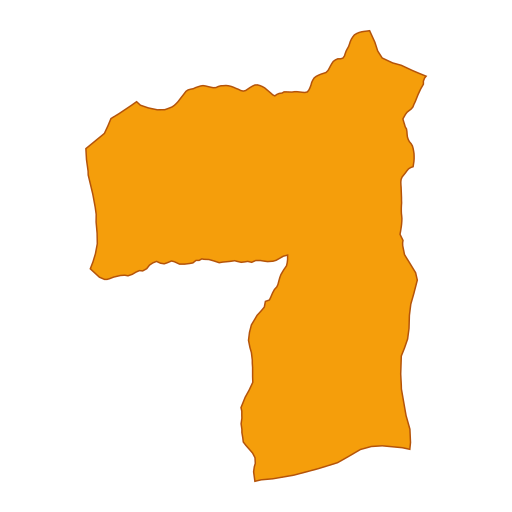 the district of Gozhi, Daga, Bhutan
{"feature_id": "84629894B53635199358843", "entity_name": "Gozhi", "entity_type": "district", "adm_level": 2, "iso_a3": "BTN", "parent_name": "Bhutan", "parent_adm1": "Daga", "projection": "mercator", "projection_center": [89.936, 26.937], "detail": "fine", "context": "isolated", "style": "filled", "palette": "amber", "viewbox_px": 512, "rotation_deg": 0, "n_neighbors": 0, "source": "geoboundaries", "source_scale": "gbopen_adm2", "svg_char_len": 3993}
<svg xmlns="http://www.w3.org/2000/svg" viewBox="0 0 512 512"><path d="M254.9,481.3L261.2,479.8L272.7,478.8L294.0,475.1L318.1,468.7L337.5,462.7L347.4,457.1L360.4,449.5L371.3,446.5L382.2,445.8L402.3,447.7L409.8,449.3L410.5,442.5L409.9,429.2L406.8,418.2L406.1,415.8L405.1,410.2L403.9,403.3L401.4,389.0L401.3,385.4L400.7,374.0L401.3,356.0L404.5,348.0L407.6,339.0L409.0,328.5L409.4,315.3L410.8,304.1L413.9,293.3L414.6,290.5L416.2,284.4L417.3,280.1L415.6,272.7L408.7,261.4L406.8,258.4L404.5,254.6L402.7,245.7L402.6,242.9L403.0,240.4L400.0,234.3L400.5,231.7L400.9,229.1L401.3,226.6L401.6,224.0L401.8,221.3L401.9,218.7L401.7,216.1L401.4,213.5L401.3,210.9L401.3,208.2L401.4,205.6L401.6,203.0L401.5,200.4L401.5,197.8L401.4,195.1L401.3,192.5L401.2,189.9L401.1,187.3L400.9,184.7L400.8,182.0L401.1,179.4L402.1,177.0L403.7,175.0L405.4,172.9L406.9,170.8L408.6,168.8L410.8,167.5L413.1,166.7L413.5,164.1L413.9,161.5L414.1,158.9L414.1,156.2L414.0,153.6L413.6,151.0L413.1,148.4L412.4,145.9L411.1,143.7L409.4,141.7L408.2,139.4L407.4,136.9L407.1,134.3L406.9,131.6L406.5,129.0L405.2,126.8L404.5,124.3L403.7,121.8L402.9,118.9L404.2,116.6L405.5,114.3L407.1,112.2L409.1,110.6L411.2,109.0L412.9,107.0L413.9,104.4L415.3,101.5L418.0,94.7L420.7,88.9L423.4,84.2L423.4,81.1L424.6,78.0L426.1,76.2L419.0,73.3L412.4,70.5L401.3,65.3L392.6,62.9L382.2,58.0L377.7,51.0L374.9,42.3L369.6,30.7L366.7,31.1L364.1,31.4L361.6,31.8L359.1,32.5L356.7,33.5L354.4,34.9L352.8,36.9L351.4,39.1L350.3,41.5L349.5,44.0L348.6,46.5L347.3,48.8L346.1,51.1L345.2,53.6L344.4,56.1L342.8,58.2L340.4,58.8L337.8,58.8L335.4,59.9L333.3,61.4L331.8,63.6L330.5,65.9L329.3,68.2L328.0,70.5L326.0,72.5L323.6,73.3L321.1,74.1L318.7,75.1L316.3,76.3L314.2,77.9L312.8,80.1L311.7,82.4L311.0,85.0L310.1,87.4L309.0,89.8L307.4,91.9L304.9,92.5L302.3,92.3L299.7,92.0L297.1,91.7L294.5,91.7L291.9,92.1L289.3,92.0L286.6,91.9L284.0,91.9L282.0,93.1L279.3,93.4L276.9,94.4L274.8,95.9L272.7,94.8L270.8,93.1L268.8,91.4L266.8,89.7L264.7,87.9L262.4,86.6L260.0,85.6L257.5,84.9L254.9,85.0L252.5,86.1L250.1,87.5L247.9,89.0L245.7,90.5L243.3,91.1L240.7,90.5L238.4,89.3L236.0,88.4L233.6,87.3L231.1,86.4L228.6,85.8L226.0,85.5L223.4,85.7L220.8,85.8L218.3,86.5L215.9,87.6L213.2,87.7L210.7,87.2L208.1,86.6L205.6,86.0L203.0,85.6L200.5,86.0L198.0,86.8L195.6,87.6L193.3,88.7L190.7,89.2L188.1,89.9L186.0,91.3L184.4,93.4L182.8,95.5L181.2,97.5L179.6,99.6L178.0,101.7L176.2,103.6L174.3,105.4L172.1,106.9L169.7,107.9L167.3,108.8L164.8,109.7L157.3,109.8L148.3,107.9L140.4,105.2L136.6,101.7L131.2,105.5L119.1,113.6L111.0,118.5L108.0,125.7L104.4,133.4L102.4,135.1L98.1,138.6L88.0,146.9L85.9,148.6L86.0,150.8L86.5,159.6L88.1,171.2L88.2,175.0L91.2,187.5L92.7,193.8L93.2,196.3L95.2,207.2L96.2,214.3L96.1,222.0L97.1,233.2L97.3,243.8L95.4,253.9L93.0,261.8L90.3,268.8L99.4,277.2L104.5,279.4L107.0,279.4L109.5,278.7L113.6,277.1L120.4,275.5L124.7,275.2L128.0,275.8L132.3,274.3L136.0,272.1L139.4,270.6L142.7,270.9L146.7,268.7L149.5,265.1L152.8,262.9L156.5,261.4L160.5,263.2L164.2,263.8L166.9,262.9L171.5,261.0L174.3,261.7L179.5,264.1L184.7,264.1L189.6,263.5L192.9,262.9L196.0,260.4L199.1,260.4L201.8,258.9L203.9,259.3L208.9,259.5L213.8,260.9L219.2,262.7L222.6,262.1L230.0,261.4L234.7,260.7L237.2,261.4L241.2,262.3L244.6,261.9L247.7,261.4L251.7,262.3L255.7,260.5L258.2,260.5L260.4,260.5L264.7,261.2L267.6,261.6L273.0,261.2L276.1,260.3L278.6,258.9L283.3,256.2L287.6,255.1L287.6,259.5L287.2,262.8L286.5,265.8L285.0,268.0L283.6,270.0L280.9,274.6L279.8,277.6L278.9,280.8L277.9,284.6L276.8,286.9L274.5,289.4L272.6,292.9L270.8,297.1L269.4,300.0L267.4,300.7L265.4,301.4L264.3,307.1L260.7,311.4L257.1,315.3L254.7,319.4L251.4,324.9L249.5,332.3L248.5,340.3L249.9,347.3L251.4,352.6L252.3,360.0L252.3,363.2L252.6,367.5L252.6,376.6L252.8,382.3L249.2,390.0L245.2,397.2L241.0,407.6L241.8,411.2L241.8,415.3L241.9,418.2L241.1,423.8L241.9,429.3L241.9,432.6L242.8,437.9L243.3,442.0L245.9,445.4L249.5,449.5L252.6,453.1L255.0,457.7L255.3,463.4L254.3,466.8L253.6,471.8L254.9,481.3Z" fill="#f59e0b" stroke="#b45309" stroke-width="1.5"/></svg>